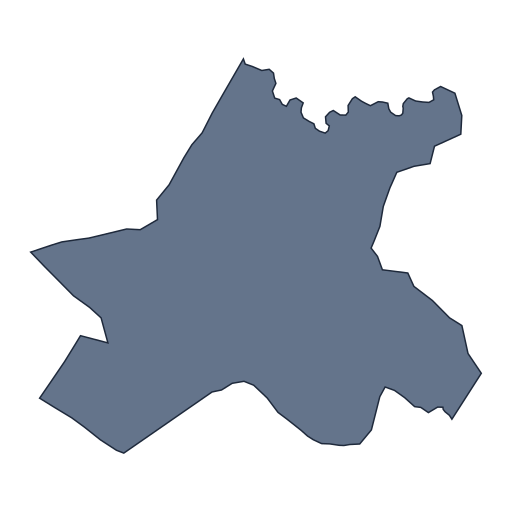 outline of Okpe, Delta, Nigeria
{"feature_id": "59680162B68325668602500", "entity_name": "Okpe", "entity_type": "district", "adm_level": 2, "iso_a3": "NGA", "parent_name": "Nigeria", "parent_adm1": "Delta", "projection": "mercator", "projection_center": [5.811, 5.698], "detail": "fine", "context": "isolated", "style": "filled", "palette": "slate", "viewbox_px": 512, "rotation_deg": 0, "n_neighbors": 0, "source": "geoboundaries", "source_scale": "gbopen_adm2", "svg_char_len": 1951}
<svg xmlns="http://www.w3.org/2000/svg" viewBox="0 0 512 512"><path d="M123.8,453.1L176.2,416.8L186.3,409.8L212.0,392.0L216.1,391.1L221.5,390.0L232.2,383.3L244.0,381.3L253.7,385.2L267.2,398.0L278.0,412.4L286.8,419.0L300.7,430.0L307.6,436.1L313.4,439.8L313.5,439.8L314.5,440.3L321.6,443.6L329.8,443.9L339.2,445.3L343.9,445.5L349.8,444.5L359.7,444.0L371.4,429.9L379.8,396.7L385.1,387.0L394.5,390.4L404.6,397.6L414.6,406.6L415.2,406.7L420.8,407.4L428.4,412.6L437.6,407.1L442.9,407.2L443.2,409.4L445.1,411.8L449.4,415.3L451.9,419.2L481.3,373.3L468.0,353.5L461.9,325.6L449.5,317.8L432.4,300.5L413.9,286.4L407.8,273.0L382.4,269.8L377.5,256.4L371.1,248.1L374.3,240.5L379.9,226.4L383.3,206.4L390.0,187.6L391.6,184.1L396.8,172.3L414.0,166.3L430.1,163.6L434.5,146.2L460.8,134.2L461.8,115.5L454.9,93.2L440.6,86.5L434.5,89.8L432.5,92.1L433.4,96.3L433.7,99.8L429.0,102.4L422.8,102.0L415.6,101.0L408.9,97.9L407.3,98.7L403.3,103.6L402.8,106.4L403.2,108.2L402.8,113.2L401.4,115.0L399.2,115.8L395.6,115.6L390.7,112.2L388.8,108.8L387.8,103.2L382.5,102.0L378.2,101.7L370.4,105.7L365.6,103.4L361.5,101.2L355.2,96.8L352.4,98.7L348.1,105.5L348.3,112.1L345.8,115.1L340.2,115.0L333.3,110.5L329.6,112.3L325.5,116.8L326.1,123.3L329.3,125.9L328.1,130.7L325.2,133.1L319.5,131.2L315.3,128.3L313.9,123.8L309.1,121.4L303.4,117.9L301.0,112.2L301.4,107.8L303.2,102.9L296.2,98.0L290.0,100.0L286.4,106.3L282.3,104.4L279.6,99.6L274.7,98.1L272.4,91.0L274.3,86.8L275.9,83.4L274.3,78.5L273.5,73.1L269.2,69.3L261.8,70.5L252.4,66.5L245.2,64.1L243.4,58.9L222.5,95.1L212.3,112.9L203.5,130.2L202.1,132.9L191.9,144.7L183.9,157.7L169.1,184.8L156.6,200.1L157.5,219.6L140.2,229.7L126.6,229.0L88.8,238.1L78.4,239.5L61.9,241.9L51.9,245.0L30.7,252.1L44.8,266.8L58.6,280.7L73.5,295.8L89.6,307.4L101.1,317.9L107.9,342.9L80.5,335.7L75.4,344.1L64.6,361.6L51.0,381.6L39.6,398.2L54.5,407.4L71.7,417.8L84.4,427.1L100.5,439.9L116.5,450.3L123.8,453.1Z" fill="#64748b" stroke="#1e293b" stroke-width="1.5"/></svg>